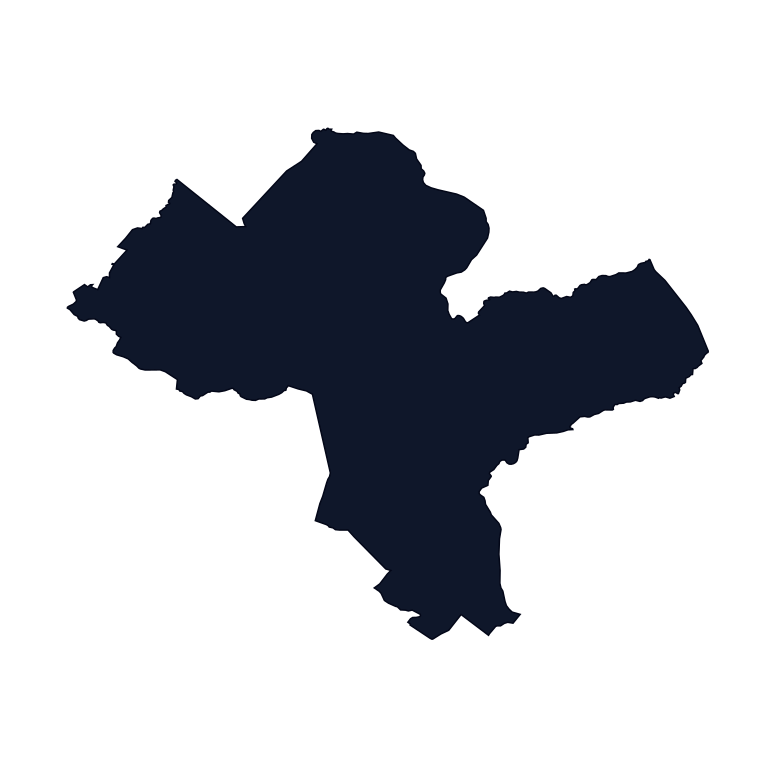 Saldaña, Tolima, Colombia (Equal Earth projection), rotated 94°
{"feature_id": "7082276B58225097542438", "entity_name": "Saldaña", "entity_type": "district", "adm_level": 2, "iso_a3": "COL", "parent_name": "Colombia", "parent_adm1": "Tolima", "projection": "equal_earth", "projection_center": [-75.023, 3.912], "detail": "fine", "context": "isolated", "style": "filled", "palette": "ink", "viewbox_px": 768, "rotation_deg": 94, "n_neighbors": 0, "source": "geoboundaries", "source_scale": "gbopen_adm2", "svg_char_len": 6138}
<svg xmlns="http://www.w3.org/2000/svg" viewBox="0 0 768 768"><g transform="rotate(94 384 384)"><path d="M604.3,232.1L602.6,240.2L599.8,243.6L596.6,246.4L592.5,248.1L582.3,251.0L579.3,253.1L574.7,254.5L561.9,255.2L545.8,257.5L530.4,258.0L521.0,257.1L519.1,257.6L515.0,259.7L507.1,267.8L504.4,269.0L497.0,274.3L493.3,275.1L490.1,276.5L487.8,280.3L486.6,281.4L484.7,281.6L481.0,279.3L477.8,273.3L473.0,273.2L468.8,270.6L468.0,270.8L466.2,272.6L464.6,272.3L461.7,268.5L457.4,265.8L455.4,263.8L453.2,263.1L451.7,261.1L451.4,258.3L452.0,257.4L454.0,255.9L455.2,253.6L455.1,251.3L454.4,249.2L453.0,247.2L451.3,246.0L448.5,245.4L440.1,244.7L439.1,240.1L437.2,238.2L434.1,238.0L432.8,236.2L432.2,236.1L427.4,236.8L426.5,235.6L424.3,230.1L424.1,225.9L421.8,218.3L420.7,208.2L418.8,201.8L416.9,197.3L416.3,192.4L415.5,192.7L414.8,195.2L413.3,195.7L412.6,194.8L411.6,194.8L409.9,192.7L403.1,186.2L402.3,181.5L402.7,178.7L402.5,176.4L399.7,172.0L398.4,167.9L395.2,163.6L394.4,161.9L394.0,154.4L393.3,153.4L391.4,153.8L388.4,152.4L388.2,149.8L387.1,148.5L386.4,143.5L385.1,141.0L384.7,137.1L382.7,132.0L383.5,127.4L382.5,124.9L380.9,123.6L380.1,122.4L378.2,117.7L377.9,114.9L378.1,112.5L379.1,109.2L378.4,108.2L378.7,106.6L377.4,103.0L377.3,101.8L378.2,97.8L376.2,93.6L374.2,94.7L372.8,94.4L372.0,92.3L373.1,90.6L373.0,89.6L369.3,88.6L367.1,89.3L365.4,87.3L362.9,86.3L362.0,84.1L361.3,83.4L357.2,83.4L355.2,79.9L353.4,78.7L353.0,76.9L347.3,76.8L347.0,76.5L346.9,74.7L345.7,72.8L344.2,71.7L341.3,68.3L338.6,69.5L334.5,66.7L333.3,66.5L330.7,64.3L329.9,63.0L328.6,62.8L303.6,75.1L293.4,82.4L286.4,88.0L261.0,111.0L253.0,120.7L251.0,122.5L241.4,127.4L241.2,128.2L242.4,128.9L243.1,129.9L243.3,131.2L244.6,132.1L245.7,136.1L247.1,138.5L250.0,139.6L252.5,141.8L254.4,144.3L256.4,150.3L256.8,157.5L258.7,160.2L261.1,166.1L261.1,168.1L260.4,170.2L260.6,174.1L261.8,177.2L265.0,179.6L265.1,182.9L265.5,183.9L268.5,185.5L270.7,188.5L271.0,189.9L270.6,190.9L271.2,193.9L272.0,195.3L275.2,197.4L275.7,198.3L275.7,199.7L276.0,200.4L277.6,200.0L279.4,201.6L282.9,201.8L284.5,204.0L284.0,207.9L286.3,213.1L285.8,215.2L283.4,218.4L283.5,219.6L284.4,220.2L284.6,221.0L284.4,221.7L281.4,223.8L277.4,230.4L277.0,231.9L277.7,234.3L280.4,236.8L281.4,238.7L281.9,240.9L282.2,246.2L283.4,248.4L282.7,251.2L282.9,255.4L282.4,258.4L283.2,262.1L282.6,265.3L284.6,267.9L284.9,269.8L286.3,270.3L287.4,271.5L289.4,274.9L289.5,278.6L289.9,280.2L289.8,283.7L290.7,285.7L291.3,285.9L292.2,284.4L292.7,284.6L293.4,287.9L294.3,289.8L295.0,290.1L296.8,290.1L298.8,289.2L305.5,294.6L306.7,294.8L308.6,293.6L316.8,304.3L317.2,305.2L316.5,306.9L312.9,309.4L311.3,311.5L310.6,313.3L310.5,315.0L310.8,315.7L313.7,317.8L314.3,318.9L314.3,321.0L309.9,323.9L306.2,325.5L299.7,325.8L294.0,328.1L290.2,333.7L288.5,334.3L286.2,334.4L278.9,330.9L275.7,329.8L273.4,329.8L272.1,328.2L268.1,319.1L267.0,314.7L264.5,311.4L262.3,309.6L253.9,305.4L248.9,300.6L231.2,290.9L225.2,290.0L221.2,290.1L217.5,291.3L214.9,293.4L211.5,293.7L203.8,296.9L192.0,317.0L189.5,324.8L186.5,343.7L185.0,350.7L182.9,356.2L180.2,358.8L177.5,359.7L174.9,359.6L172.6,358.3L170.9,358.0L168.7,359.3L166.7,361.9L163.3,362.3L157.2,367.2L151.7,368.8L149.9,370.9L148.7,375.2L144.3,381.7L138.0,389.5L135.4,392.0L133.0,406.9L135.2,417.2L135.4,422.0L134.7,428.7L136.8,431.7L136.7,437.7L137.3,442.3L137.3,447.5L137.0,449.8L136.1,451.5L135.5,454.0L134.9,454.6L133.5,454.0L133.6,456.7L132.8,457.8L133.2,458.7L135.0,459.8L134.9,460.5L134.3,460.9L134.1,462.2L136.4,464.6L135.6,466.6L136.0,469.8L138.0,472.1L140.2,473.4L144.0,473.3L147.7,471.0L149.0,467.6L167.6,481.8L178.3,496.0L228.6,536.6L233.7,534.7L236.6,532.9L237.6,542.3L194.4,604.8L195.3,606.2L196.5,606.6L197.7,604.9L198.5,604.9L199.1,605.6L199.3,607.5L200.1,608.2L201.9,607.3L205.3,607.8L207.2,607.2L207.9,607.9L212.7,608.6L215.9,611.6L217.8,611.7L218.4,610.5L219.0,610.3L221.1,613.9L222.6,613.6L224.7,616.4L226.3,617.8L227.3,619.6L228.8,619.8L231.3,618.1L232.9,618.1L233.4,618.5L234.1,621.4L234.8,622.9L234.5,625.1L234.9,626.4L237.0,627.9L240.4,628.2L241.2,630.8L244.5,633.6L244.5,635.5L245.8,636.2L245.5,640.8L247.6,645.7L256.7,652.0L265.6,659.2L268.3,649.7L283.1,661.4L282.8,663.4L283.5,663.7L284.0,661.8L292.3,665.6L297.0,665.3L296.3,668.2L297.5,671.5L309.8,676.2L307.9,682.1L306.3,682.5L305.2,681.6L305.5,683.8L307.8,686.4L305.7,689.7L313.6,699.9L314.1,700.3L321.5,696.7L323.1,696.8L326.0,699.5L328.6,704.1L329.5,705.1L330.4,705.2L331.7,702.5L336.4,697.9L338.0,694.1L339.3,693.9L341.0,692.3L342.1,687.5L341.4,685.4L339.9,683.3L339.2,677.6L339.6,676.1L341.1,673.6L342.3,672.8L342.7,671.4L342.2,668.5L342.4,665.8L344.8,664.0L345.7,662.2L348.4,659.5L349.1,657.9L349.3,655.4L350.4,654.6L352.9,654.5L354.9,652.1L355.8,649.8L358.4,650.8L361.5,652.7L365.4,653.8L366.9,655.2L369.4,656.5L371.4,656.4L372.1,655.7L373.5,652.8L375.0,646.0L376.8,640.9L379.9,637.0L383.1,632.1L385.4,629.5L386.0,628.0L386.7,623.2L385.5,608.3L387.0,603.0L394.0,590.4L403.5,590.7L403.8,588.2L405.2,587.3L405.6,584.5L407.3,582.8L408.6,580.4L410.1,575.3L412.1,571.2L411.6,568.4L408.8,566.4L408.2,564.1L405.0,559.9L404.4,558.9L404.2,557.0L403.1,555.7L403.3,548.1L401.8,542.3L399.0,535.7L398.9,534.4L399.3,533.6L400.1,533.3L401.6,530.0L403.2,529.0L404.0,527.1L405.8,526.5L406.6,525.6L408.8,520.1L408.9,517.3L409.4,514.5L409.3,511.0L407.7,507.9L407.2,501.9L405.9,499.7L404.9,495.2L401.7,488.3L399.8,485.4L397.6,483.4L397.1,481.5L394.4,481.0L393.5,480.0L392.3,479.5L394.9,469.2L396.3,460.9L399.2,454.7L476.5,431.3L480.2,431.9L482.9,433.3L486.5,434.3L500.3,437.3L507.7,439.6L525.1,443.0L528.3,431.6L529.3,429.7L530.5,428.7L531.1,424.8L532.7,422.3L532.8,418.1L532.2,409.7L538.5,403.2L568.4,369.3L569.5,364.1L573.3,367.4L583.7,374.3L588.1,379.5L591.1,374.3L593.0,372.3L599.9,368.5L602.4,364.1L605.0,356.9L605.3,355.1L608.2,351.7L608.1,346.8L608.7,343.9L607.6,340.1L611.2,331.8L612.7,331.4L613.7,332.3L614.6,335.7L614.9,339.1L616.4,341.2L620.0,343.6L621.5,341.0L622.6,341.2L634.5,320.2L635.2,318.5L635.1,317.6L629.4,309.8L625.1,302.2L608.6,291.0L627.4,262.2L625.8,261.4L618.0,255.7L617.4,254.4L617.1,250.8L614.4,247.3L613.1,244.0L613.6,238.6L604.3,232.1Z" fill="#0f172a" stroke="#020617" stroke-width="1.5"/></g></svg>